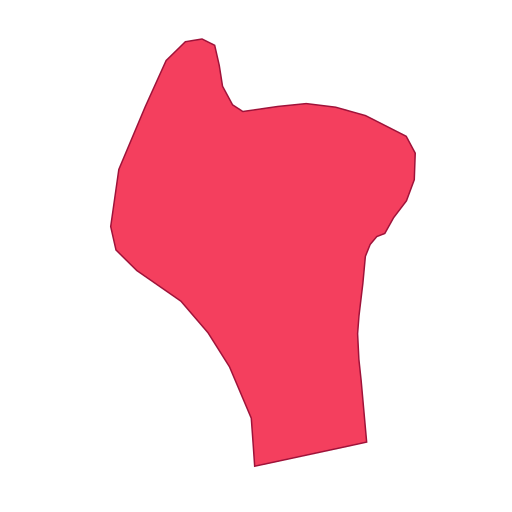 outline of Madeinat Al Gedaref, Gedarif, Sudan, rotated 7°
{"feature_id": "16777658B2948733564305", "entity_name": "Madeinat Al Gedaref", "entity_type": "district", "adm_level": 2, "iso_a3": "SDN", "parent_name": "Sudan", "parent_adm1": "Gedarif", "projection": "equal_earth", "projection_center": [35.386, 14.026], "detail": "fine", "context": "isolated", "style": "filled", "palette": "rose", "viewbox_px": 512, "rotation_deg": 7, "n_neighbors": 0, "source": "geoboundaries", "source_scale": "gbopen_adm2", "svg_char_len": 653}
<svg xmlns="http://www.w3.org/2000/svg" viewBox="0 0 512 512"><g transform="rotate(7 256 256)"><path d="M388.5,427.2L375.6,367.1L370.7,346.0L366.3,320.7L365.5,302.6L365.4,270.1L364.6,243.0L367.9,230.6L373.5,222.0L381.1,217.9L387.9,201.2L398.6,182.9L403.8,161.0L401.5,134.5L390.5,118.9L347.6,103.3L316.9,98.6L287.3,98.6L259.5,104.9L225.3,114.2L214.3,108.8L202.1,91.6L196.3,71.3L189.3,51.9L176.0,47.2L159.8,51.9L143.0,72.9L127.9,121.3L109.3,186.8L108.2,244.5L116.3,267.1L139.5,285.0L187.0,310.0L217.7,338.0L243.2,369.2L263.8,404.9L271.1,417.6L276.3,444.1L280.3,464.8L380.6,430.0L388.5,427.2Z" fill="#f43f5e" stroke="#9f1239" stroke-width="1.5"/></g></svg>